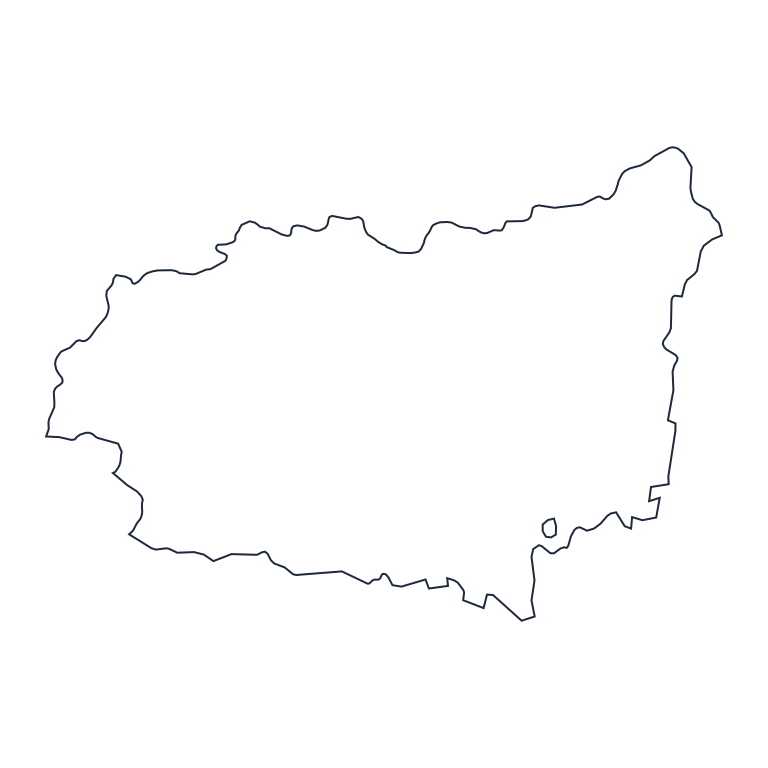 an SVG outline of León
{"feature_id": "ESP-5830", "entity_name": "León", "entity_type": "Autonomous Community", "adm_level": 1, "iso_a3": "ESP", "parent_name": "Spain", "parent_adm1": "", "projection": "mercator", "projection_center": [-5.923, 42.635], "detail": "fine", "context": "isolated", "style": "outline", "palette": "slate", "viewbox_px": 768, "rotation_deg": 0, "n_neighbors": 0, "source": "natural_earth", "source_scale": "10m", "svg_char_len": 4239}
<svg xmlns="http://www.w3.org/2000/svg" viewBox="0 0 768 768"><path d="M672.5,147.3L675.3,147.7L678.1,148.7L683.7,153.3L691.6,167.1L690.4,188.2L691.2,192.6L692.8,198.9L694.8,201.8L697.6,204.1L709.4,210.5L711.1,213.3L712.8,217.0L718.5,222.6L719.6,225.2L721.9,235.3L712.2,239.4L703.9,245.6L700.8,251.3L697.0,270.8L694.2,274.3L687.1,280.0L684.9,284.2L681.9,296.5L674.8,295.7L672.9,296.8L671.9,298.8L671.5,301.4L670.9,328.3L669.3,332.4L663.4,341.0L662.8,343.8L663.9,346.7L666.3,349.4L675.6,355.0L677.5,357.7L677.2,360.3L674.2,365.7L672.6,371.6L673.4,390.3L667.9,420.3L675.5,423.4L675.4,430.8L668.3,476.7L668.7,484.2L651.0,487.0L649.1,501.2L659.7,497.8L656.2,517.5L642.5,520.2L632.1,517.1L631.1,528.6L624.7,526.2L616.1,512.3L610.8,513.5L607.4,515.8L600.5,523.7L594.1,528.5L587.0,530.7L579.9,527.3L576.9,527.9L574.5,529.8L571.0,536.1L568.4,545.2L567.7,546.7L566.7,547.8L566.0,547.9L565.3,547.5L564.0,547.3L560.5,548.5L554.0,553.3L550.4,553.2L541.6,546.1L539.0,545.2L533.2,549.1L531.5,556.8L534.5,580.5L531.5,600.4L534.7,616.5L521.6,620.7L493.0,595.0L487.0,594.6L483.6,608.1L463.1,600.2L464.1,592.9L463.7,590.9L462.9,589.4L457.7,582.6L454.0,580.3L447.2,578.2L448.0,585.9L428.9,588.5L425.5,579.5L401.5,586.6L392.5,585.2L388.4,577.4L385.7,574.2L382.7,573.9L381.6,575.1L380.4,578.0L379.3,579.2L377.7,579.7L374.3,579.6L372.8,580.2L369.2,583.5L367.6,583.7L341.9,571.4L296.1,575.0L293.0,574.2L284.6,567.4L274.3,563.5L271.0,560.4L267.8,554.0L265.1,551.7L262.5,552.1L257.0,554.8L231.5,554.1L213.4,561.1L203.9,554.6L194.0,552.1L177.2,552.7L169.1,548.8L166.3,548.3L155.8,549.6L151.4,548.2L129.1,534.3L132.9,530.8L136.8,523.4L140.2,519.1L141.3,516.6L142.0,514.0L142.2,511.3L141.9,505.7L142.1,502.7L142.8,499.9L141.4,496.3L137.1,491.5L127.3,485.2L112.9,473.0L115.0,472.0L116.0,470.9L118.2,467.7L119.5,465.1L120.5,461.7L121.1,455.0L121.7,451.9L118.2,443.7L97.5,437.9L96.2,437.2L92.7,434.2L89.6,432.8L85.9,432.8L80.2,434.6L77.5,436.4L76.2,437.6L75.7,438.5L74.5,439.5L71.4,439.9L59.0,437.1L46.1,436.5L48.7,429.3L48.5,422.0L49.2,418.8L54.2,407.5L54.4,403.0L53.8,392.0L55.1,388.7L57.3,386.4L59.9,384.8L62.4,382.5L62.6,380.1L61.7,377.5L59.8,375.2L57.8,372.4L56.1,369.0L55.1,363.8L55.7,360.2L57.1,357.1L60.4,352.4L61.7,351.3L69.9,347.7L76.5,341.1L79.3,340.2L81.7,340.9L84.2,341.2L87.1,339.9L90.2,337.0L96.7,327.9L106.0,316.9L107.6,313.1L108.7,308.7L108.6,305.5L106.3,295.9L106.8,291.0L111.7,285.2L113.0,282.3L113.5,278.7L116.1,275.1L125.6,276.7L130.8,279.3L132.6,283.3L134.7,283.8L138.0,281.9L140.3,279.7L142.2,277.2L144.5,274.9L147.5,273.0L152.7,271.3L158.1,270.4L171.6,270.2L175.3,270.9L177.6,271.8L179.4,273.2L192.8,274.4L195.9,273.9L206.2,269.6L210.3,269.2L225.4,260.8L226.6,258.2L226.8,255.7L225.0,254.1L219.9,252.1L217.5,250.7L216.1,248.5L216.4,246.3L217.8,244.8L226.0,244.4L232.0,242.5L234.2,241.3L235.3,239.6L235.3,237.5L235.6,235.0L237.0,232.8L239.0,230.3L239.9,227.7L241.6,224.9L249.7,221.3L254.7,222.6L257.4,224.4L259.8,226.6L265.4,228.3L269.2,228.2L281.8,234.5L287.3,235.9L289.6,235.5L291.0,233.6L291.7,228.3L293.5,226.2L297.3,225.4L304.3,226.6L312.2,229.9L315.8,230.9L319.7,230.5L325.3,227.8L327.3,225.0L328.1,222.0L328.6,219.3L329.4,217.1L332.1,215.9L346.2,218.7L350.0,218.9L358.4,217.0L361.7,218.8L363.2,221.3L364.2,226.9L365.1,229.7L366.3,232.3L367.9,234.6L374.8,239.0L378.3,242.0L382.3,244.4L385.5,245.5L386.9,247.2L394.4,250.2L396.7,251.7L399.6,252.7L411.1,253.1L415.6,252.4L418.7,251.5L421.2,248.8L422.2,246.4L423.4,244.2L424.1,242.1L424.3,241.0L424.6,239.9L425.4,237.6L426.8,235.2L428.7,232.9L430.2,230.4L431.2,228.0L432.7,225.5L435.7,223.8L439.9,222.3L447.1,222.0L451.4,222.5L459.5,226.6L465.7,227.9L470.0,227.9L476.2,229.3L478.6,231.1L481.2,232.5L484.2,233.3L487.2,233.0L494.0,230.1L499.4,230.6L501.7,230.3L503.1,228.3L504.4,225.8L505.2,223.3L506.7,221.4L522.4,221.1L525.5,220.4L528.3,219.3L530.8,216.4L532.8,207.9L535.3,206.2L539.1,205.4L554.5,207.8L582.1,204.5L597.2,196.9L599.8,196.5L602.8,198.3L605.7,199.3L609.1,198.7L613.5,194.4L615.6,190.9L617.7,184.6L618.3,181.8L619.4,179.2L622.4,173.5L625.0,171.0L629.9,168.4L640.8,165.4L649.8,160.4L654.3,156.2L669.6,147.8L672.5,147.3ZM551.1,537.4L555.8,534.6L556.1,526.4L554.0,518.6L548.0,520.0L542.7,524.5L542.7,531.2L546.0,536.8L551.1,537.4Z" fill="none" stroke="#1e293b" stroke-width="2"/></svg>